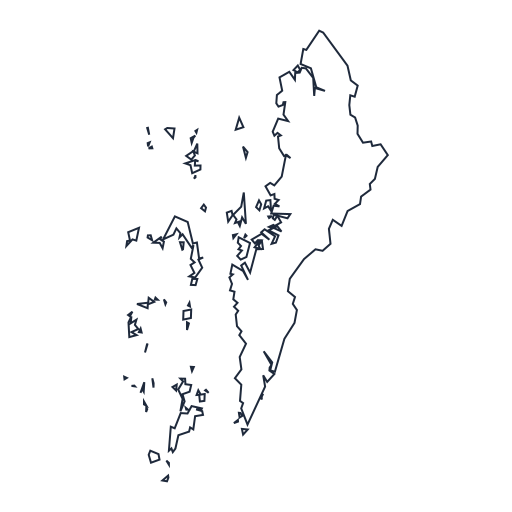 Kawthoung, Tanintharyi, Myanmar
{"feature_id": "60261553B98033082841224", "entity_name": "Kawthoung", "entity_type": "district", "adm_level": 2, "iso_a3": "MMR", "parent_name": "Myanmar", "parent_adm1": "Tanintharyi", "projection": "robinson", "projection_center": [98.408, 10.778], "detail": "fine", "context": "isolated", "style": "outline", "palette": "slate", "viewbox_px": 512, "rotation_deg": 0, "n_neighbors": 0, "source": "geoboundaries", "source_scale": "gbopen_adm2", "svg_char_len": 6158}
<svg xmlns="http://www.w3.org/2000/svg" viewBox="0 0 512 512"><path d="M387.8,155.1L380.6,144.3L372.3,146.0L371.1,141.5L363.0,142.7L357.5,133.8L357.7,125.6L355.1,117.5L350.4,114.7L349.3,105.1L350.3,95.3L354.7,96.7L357.7,85.6L350.8,80.4L347.5,65.7L323.2,32.6L319.2,30.7L306.3,49.9L303.3,49.0L300.6,64.0L310.9,68.3L316.3,87.3L325.0,90.9L314.9,88.0L314.2,95.9L313.2,77.9L305.9,68.4L301.7,67.8L299.7,72.6L295.2,73.0L294.9,79.8L289.3,71.8L279.5,77.4L282.2,90.7L276.9,95.0L276.3,103.3L278.5,106.6L282.8,105.0L283.5,102.2L285.3,102.1L283.5,114.6L288.1,121.1L278.2,118.6L272.7,131.7L274.4,135.7L277.5,132.9L280.8,135.4L278.0,136.5L279.2,148.3L284.0,156.0L286.7,154.8L290.5,158.1L285.9,155.2L281.7,176.6L274.3,185.4L270.2,182.9L265.5,186.3L270.6,195.4L274.4,194.0L274.6,198.8L278.6,200.0L274.9,203.8L279.4,206.4L273.6,205.7L271.2,213.5L290.3,214.1L287.5,218.3L277.3,215.6L281.1,222.4L276.4,225.0L281.5,231.5L273.6,227.9L268.6,230.3L278.5,235.4L275.9,242.6L271.6,243.8L275.1,236.3L264.6,229.3L261.2,232.3L269.4,239.7L261.6,233.8L251.7,239.6L254.9,243.4L257.8,240.2L261.8,240.3L263.0,249.0L256.3,249.3L250.1,272.6L244.9,262.7L241.2,265.5L248.0,279.9L243.1,271.0L232.3,264.6L230.4,273.8L232.8,274.4L229.4,277.4L232.0,283.9L230.0,290.4L234.5,291.7L233.3,299.3L237.5,302.8L234.0,306.7L238.2,310.8L235.7,314.5L237.0,326.2L241.5,331.3L239.3,335.1L246.0,343.7L239.7,357.0L241.4,369.4L234.9,378.2L241.3,384.7L240.0,400.9L243.1,403.1L241.2,408.4L247.5,424.6L265.1,386.6L263.2,375.3L267.2,381.9L274.4,374.0L269.4,370.5L269.7,367.5L271.5,364.9L263.7,351.3L272.2,362.4L270.2,370.4L274.9,371.7L284.4,338.8L294.5,322.9L296.9,310.0L292.8,303.9L295.0,297.0L287.9,291.2L289.8,278.8L304.0,259.1L315.5,249.3L322.6,250.8L330.5,243.8L328.9,228.8L332.8,219.8L341.6,225.9L347.6,211.0L360.0,204.1L361.1,196.6L370.5,189.6L369.8,184.0L374.9,178.9L377.7,166.9L387.8,155.1ZM187.7,222.0L174.9,216.4L163.1,239.4L173.4,234.7L176.4,228.4L180.4,233.2L179.5,237.4L182.6,234.3L191.5,247.6L193.5,245.2L190.8,258.8L194.6,262.4L190.5,265.0L194.4,272.9L189.3,276.4L195.2,277.5L202.2,267.7L198.4,259.6L203.2,257.5L199.1,258.5L196.9,242.5L192.9,243.5L187.7,222.0ZM201.9,408.4L191.6,406.1L187.5,413.5L180.7,413.1L174.7,428.3L170.8,426.7L168.9,450.7L171.4,448.4L172.8,452.1L175.4,448.6L178.4,435.2L189.1,431.6L190.1,427.4L193.3,429.4L195.1,416.2L203.0,414.9L202.2,411.1L196.1,409.4L201.3,409.6L201.9,408.4ZM245.9,223.8L243.8,192.5L241.2,206.7L233.1,214.9L236.5,219.4L235.0,223.0L239.5,221.5L238.5,223.4L239.8,226.0L242.1,217.4L245.9,223.8ZM238.7,237.3L237.8,242.7L241.0,246.0L238.5,249.3L241.9,250.5L237.2,255.9L240.7,259.6L246.4,257.0L250.0,243.0L238.7,237.3ZM185.1,378.7L180.4,378.6L183.1,381.4L178.2,389.5L182.6,398.9L180.4,411.3L184.6,401.4L182.5,394.2L189.6,391.7L191.2,385.0L185.4,384.2L185.1,378.7ZM139.0,227.8L128.2,232.2L130.0,240.6L127.1,241.1L126.4,246.0L132.5,239.4L136.3,240.6L139.0,227.8ZM130.7,323.3L131.4,316.4L128.5,322.4L129.3,337.1L136.6,335.1L131.5,332.1L138.3,329.0L134.9,324.9L136.4,319.7L130.7,323.3ZM158.5,454.1L150.3,450.7L148.7,454.8L151.0,462.7L159.5,459.6L158.5,454.1ZM195.5,160.0L185.3,163.4L190.5,165.2L192.2,173.2L200.4,169.5L200.5,165.5L194.8,165.6L195.2,160.5L198.5,161.3L195.5,160.0ZM197.3,143.6L194.2,150.5L186.2,155.9L191.3,159.6L194.9,155.5L193.4,151.5L197.5,153.3L197.3,143.6ZM154.2,301.9L148.7,297.8L148.2,302.7L137.0,304.0L147.6,308.2L147.8,304.4L154.2,301.9ZM191.2,309.5L183.5,311.0L183.2,319.6L190.9,318.0L191.2,309.5ZM270.4,200.1L266.2,200.6L264.1,208.4L268.1,206.3L271.0,210.8L270.4,200.1ZM160.2,239.3L161.6,236.7L153.3,242.7L159.7,242.9L162.6,248.2L163.9,241.6L160.2,239.3ZM174.5,128.5L167.3,128.0L165.1,129.3L173.0,138.2L174.5,128.5ZM198.3,390.3L196.6,395.0L199.2,394.8L199.9,401.5L204.4,400.9L204.7,394.0L200.7,394.6L198.3,390.3ZM231.6,210.9L226.8,212.6L228.2,221.6L232.6,215.2L231.6,210.9ZM243.4,127.2L239.2,117.7L235.7,129.7L243.4,127.2ZM259.0,200.4L256.1,207.1L259.4,210.3L261.2,204.3L259.0,200.4ZM245.9,157.8L247.6,152.1L243.0,146.6L245.9,157.8ZM300.2,70.0L297.8,65.5L293.5,70.1L297.5,72.3L300.2,70.0ZM247.7,429.5L241.9,428.9L243.1,434.6L247.7,429.5ZM197.3,279.0L192.3,278.9L190.9,284.9L195.6,285.1L197.3,279.0ZM203.8,204.6L201.1,208.2L205.0,211.3L206.0,207.6L203.8,204.6ZM143.7,391.6L144.3,382.2L140.5,392.8L142.3,389.0L143.7,391.6ZM260.2,248.8L257.6,243.4L254.6,247.3L260.2,248.8ZM273.9,214.4L272.8,218.3L274.8,219.9L277.1,216.2L273.9,214.4ZM167.0,481.3L168.4,477.6L168.1,475.6L162.4,480.5L167.0,481.3ZM149.2,134.7L147.9,127.8L147.2,128.0L149.2,134.7ZM195.3,135.6L190.7,138.2L191.7,142.9L193.5,137.7L195.3,135.6ZM176.1,390.5L176.7,384.6L172.5,387.0L176.1,390.5ZM183.7,242.3L180.0,242.2L182.3,249.7L183.0,249.3L183.7,242.3ZM153.5,387.6L153.6,383.2L152.3,378.3L153.5,387.6ZM242.4,415.8L240.4,413.0L238.9,412.8L239.6,417.5L242.4,415.8ZM259.1,244.7L261.3,241.2L257.5,242.5L259.1,244.7ZM145.0,352.5L147.4,344.4L147.2,343.6L145.0,352.5ZM237.9,420.0L233.9,423.1L238.0,421.6L237.9,420.0ZM129.9,316.3L132.4,311.7L128.1,315.0L129.9,316.3ZM193.8,367.0L190.9,366.8L192.0,371.1L193.8,367.0ZM138.9,332.1L141.6,332.5L140.6,328.6L138.9,332.1ZM275.8,226.8L273.4,224.9L269.0,226.9L270.3,227.4L275.8,226.8ZM152.1,240.2L150.7,235.3L147.9,235.4L147.6,237.5L152.1,240.2ZM168.9,462.9L166.4,460.6L168.9,464.7L168.9,462.9ZM188.9,323.4L187.0,322.3L187.0,330.0L188.9,323.4ZM261.8,399.5L261.7,396.8L263.1,393.8L260.6,397.1L261.8,399.5ZM146.4,405.7L144.0,401.5L144.0,404.4L146.4,405.7ZM190.0,306.5L189.4,302.8L188.0,305.5L190.0,306.5ZM154.8,299.6L157.7,299.7L155.5,297.6L154.8,299.6ZM196.4,132.7L197.1,129.9L195.4,131.0L196.4,132.7ZM149.7,142.3L147.7,143.1L148.1,146.4L149.7,142.3ZM271.8,216.2L268.3,216.5L269.1,218.0L271.8,216.2ZM208.6,392.8L206.0,389.8L205.2,390.4L208.6,392.8ZM188.0,409.6L185.8,407.8L186.3,409.6L188.0,409.6ZM236.4,234.3L232.9,235.1L233.4,238.1L236.4,234.3ZM244.1,238.0L246.5,235.8L245.4,234.6L244.1,238.0ZM195.4,175.1L195.1,176.6L194.0,178.6L195.5,177.3L195.4,175.1ZM126.8,377.9L124.2,376.7L124.5,379.3L126.8,377.9ZM151.8,146.6L148.6,148.4L152.3,148.3L151.8,146.6ZM165.4,304.3L166.2,302.4L163.9,299.4L165.4,304.3ZM146.1,412.0L147.2,409.2L146.3,407.5L146.1,412.0ZM135.0,386.4L134.3,385.6L131.5,385.9L135.0,386.4Z" fill="none" stroke="#1e293b" stroke-width="2"/></svg>